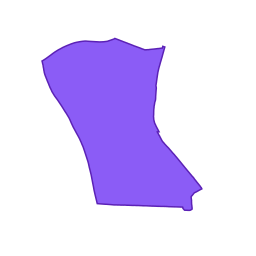 Papendrecht, Zuid-Holland, Netherlands, rotated 71°
{"feature_id": "6326949B523319393128", "entity_name": "Papendrecht", "entity_type": "district", "adm_level": 2, "iso_a3": "NLD", "parent_name": "Netherlands", "parent_adm1": "Zuid-Holland", "projection": "mercator", "projection_center": [4.707, 51.835], "detail": "fine", "context": "isolated", "style": "filled", "palette": "violet", "viewbox_px": 256, "rotation_deg": 71, "n_neighbors": 0, "source": "geoboundaries", "source_scale": "gbopen_adm2", "svg_char_len": 4877}
<svg xmlns="http://www.w3.org/2000/svg" viewBox="0 0 256 256"><g transform="rotate(71 128 128)"><path d="M39.0,111.3L39.3,112.3L39.3,115.3L39.3,115.5L39.3,119.3L38.5,123.1L37.4,126.8L35.8,130.7L33.0,137.5L32.2,139.3L31.8,140.4L31.5,141.7L31.3,142.4L30.8,144.9L30.2,148.9L30.1,150.0L30.0,151.0L30.0,151.9L30.0,152.8L30.0,153.7L30.0,154.9L30.1,156.2L30.2,158.7L30.3,160.1L30.5,162.3L30.6,163.0L30.6,163.4L30.8,164.4L31.1,166.1L31.4,168.3L31.8,170.0L32.0,170.9L32.3,172.2L33.0,174.6L33.3,175.6L33.4,175.8L33.6,176.4L34.6,179.6L35.7,183.2L36.7,187.3L36.7,187.5L37.2,187.5L37.7,187.6L38.3,187.6L38.9,187.7L39.6,187.8L40.3,187.8L41.1,187.9L41.7,188.0L42.4,188.2L43.2,188.3L44.0,188.4L44.8,188.5L45.6,188.7L46.4,188.8L47.2,188.9L47.8,189.0L48.3,189.1L48.9,189.1L49.5,189.2L49.9,189.2L50.4,189.2L51.0,189.2L51.6,189.2L51.9,189.2L53.0,189.1L53.6,189.1L54.3,189.1L55.0,189.0L56.1,189.0L58.1,188.9L60.6,188.7L61.9,188.7L62.7,188.6L63.6,188.6L64.6,188.5L66.9,188.2L68.3,188.1L69.0,188.0L69.6,187.9L70.8,187.6L72.3,187.3L74.0,186.9L74.9,186.6L75.6,186.4L76.8,186.0L78.1,185.6L79.4,185.2L79.9,185.1L86.0,183.5L91.3,182.3L93.3,181.8L93.5,181.7L99.1,180.5L101.7,180.2L104.6,180.0L107.4,179.7L109.3,179.5L111.0,179.2L116.5,178.3L118.6,177.9L121.1,177.5L122.4,177.3L124.8,177.1L126.7,176.9L127.8,176.9L131.0,176.6L135.3,176.6L146.8,176.8L147.8,176.9L148.5,176.9L149.2,177.0L152.5,177.4L156.2,177.7L160.3,178.1L163.9,178.6L168.0,179.2L172.4,179.8L175.5,180.3L180.0,180.8L183.2,181.1L189.5,181.7L190.8,178.7L192.8,174.0L193.1,173.2L194.7,169.5L196.1,166.4L197.0,163.8L197.2,163.4L197.8,161.7L198.2,160.7L198.5,160.0L198.7,159.5L198.8,159.1L198.9,158.8L199.0,158.7L199.1,158.2L199.7,156.7L199.7,156.4L200.3,155.0L200.4,154.8L200.5,154.6L200.9,153.5L201.1,152.9L201.2,152.7L201.4,152.2L201.5,151.9L201.6,151.7L202.6,149.1L202.8,148.7L203.2,147.3L203.9,145.6L204.6,143.6L205.6,141.1L206.2,139.6L206.4,139.2L206.7,138.3L207.0,137.5L207.2,136.9L207.8,135.3L207.9,135.0L208.1,134.6L208.2,134.4L209.0,132.3L209.0,132.2L209.3,131.7L209.5,131.1L209.8,130.4L209.8,130.2L210.0,129.8L210.1,129.5L210.1,129.4L210.6,128.2L211.0,127.1L211.4,126.2L212.4,123.5L212.5,123.2L212.7,122.8L213.6,120.2L214.2,118.6L214.4,118.1L215.0,116.5L215.4,115.7L215.6,115.2L217.5,110.2L218.3,108.0L218.8,106.7L219.7,104.4L220.5,102.3L220.7,102.0L220.8,102.0L221.1,102.1L221.4,102.2L221.7,102.2L222.0,102.2L222.5,102.0L223.4,101.6L223.5,101.6L224.1,101.3L225.8,97.0L226.0,96.1L226.0,95.5L225.7,94.3L225.7,94.0L224.8,93.5L224.4,93.4L223.8,93.3L221.7,92.8L221.1,92.7L220.7,92.7L220.3,92.6L219.8,92.3L218.8,92.1L217.2,91.5L215.6,91.2L213.9,90.8L213.5,90.6L213.2,90.3L213.0,90.0L212.9,89.6L212.8,89.4L212.7,89.3L212.2,88.5L211.1,86.8L211.0,86.6L210.8,86.0L210.8,85.7L210.6,83.9L210.4,83.1L210.3,82.2L210.2,82.0L210.1,81.4L209.8,79.5L209.6,78.0L209.2,78.0L208.8,78.1L208.7,78.1L208.1,78.2L207.9,78.3L207.7,78.4L207.4,78.5L207.1,78.6L206.6,78.7L206.2,78.8L204.9,79.3L202.9,80.0L202.5,80.2L202.2,80.3L201.6,80.5L200.9,80.7L200.7,80.8L200.1,81.0L199.4,81.2L199.2,81.3L198.8,81.5L198.6,81.6L198.4,81.6L198.2,81.7L197.9,81.8L196.7,82.1L196.3,82.2L195.7,82.5L195.1,82.7L194.7,82.9L194.4,83.1L193.8,83.3L192.9,83.6L192.5,83.8L183.8,87.1L179.7,88.6L175.6,90.1L171.3,91.7L170.4,92.1L169.6,92.4L169.1,92.6L168.4,92.8L166.9,93.5L165.5,94.1L165.0,94.3L164.6,94.4L161.9,95.5L160.9,95.9L160.3,96.1L159.3,96.6L158.2,97.1L157.9,97.3L156.9,97.7L156.0,98.1L155.6,98.3L152.9,99.3L152.7,99.5L152.2,99.7L151.7,99.8L151.4,99.9L150.3,100.1L149.6,100.2L146.3,100.7L146.0,100.7L145.9,100.7L145.0,101.0L143.3,101.2L142.7,101.3L141.2,101.6L141.2,101.4L141.3,101.2L141.5,100.4L141.5,100.2L141.6,99.9L135.8,100.8L135.0,100.9L134.3,100.9L133.2,101.1L132.6,101.1L132.4,101.2L131.8,101.2L130.7,101.1L129.4,101.0L129.0,101.0L128.9,101.0L127.8,100.7L127.6,100.7L126.7,100.4L125.6,100.2L124.7,99.8L124.2,99.6L123.0,99.1L122.3,98.9L121.0,98.4L119.4,97.8L116.6,96.5L116.2,96.4L114.5,95.4L112.4,94.3L110.5,92.9L108.9,92.2L107.0,91.5L105.6,90.9L102.3,89.5L101.6,89.2L100.3,88.6L100.1,88.5L99.9,88.4L99.6,88.3L99.4,88.2L97.2,87.8L96.8,87.7L95.9,87.2L94.7,86.6L93.8,86.1L93.1,85.8L91.8,85.1L90.4,84.4L90.0,84.2L88.9,83.6L87.5,82.9L86.4,82.3L85.2,81.7L84.9,81.5L83.6,80.7L82.7,80.1L82.1,79.8L81.4,79.3L80.9,79.0L78.8,77.5L77.6,76.7L76.3,75.8L74.8,74.7L73.9,74.1L73.6,73.9L72.4,73.0L70.5,71.7L70.3,71.6L67.0,69.3L65.8,68.5L63.4,66.8L62.1,68.5L63.6,69.5L63.4,70.4L63.2,71.3L62.9,72.9L62.8,73.4L62.6,74.0L62.1,76.5L61.8,77.7L61.8,77.9L61.6,78.6L60.8,81.9L60.8,82.0L60.6,83.1L60.2,84.3L60.1,84.9L60.0,85.2L59.8,85.8L59.8,86.0L59.6,86.6L59.1,87.2L58.1,88.4L58.0,88.6L57.6,89.1L57.2,89.5L56.5,90.3L56.1,90.8L53.6,93.9L53.4,94.1L53.2,94.4L52.4,95.4L52.0,95.9L51.6,96.3L48.8,99.6L48.0,100.6L47.5,101.1L46.9,101.9L46.6,102.2L46.2,102.7L45.3,103.8L44.9,104.3L44.0,105.3L43.6,105.8L42.9,106.7L42.8,106.8L42.4,107.2L39.0,111.3Z" fill="#8b5cf6" stroke="#5b21b6" stroke-width="1.5"/></g></svg>